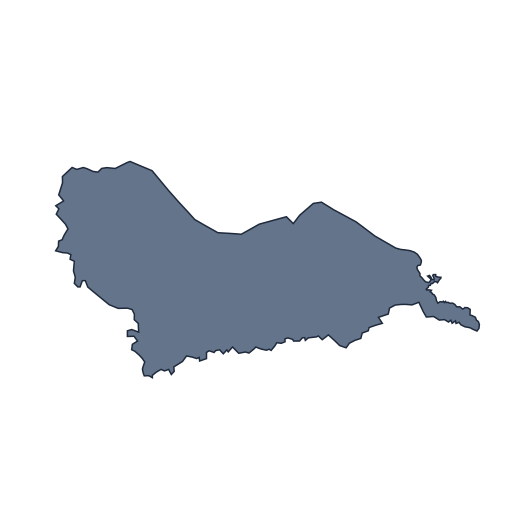 Foya, Lofa, Liberia, rotated 250°
{"feature_id": "62588387B94896309973685", "entity_name": "Foya", "entity_type": "district", "adm_level": 2, "iso_a3": "LBR", "parent_name": "Liberia", "parent_adm1": "Lofa", "projection": "orthographic", "projection_center": [-10.242, 8.34], "detail": "fine", "context": "isolated", "style": "filled", "palette": "slate", "viewbox_px": 512, "rotation_deg": 250, "n_neighbors": 0, "source": "geoboundaries", "source_scale": "gbopen_adm2", "svg_char_len": 3738}
<svg xmlns="http://www.w3.org/2000/svg" viewBox="0 0 512 512"><g transform="rotate(250 256 256)"><path d="M109.9,438.0L111.8,440.8L115.3,442.5L118.4,442.5L120.3,441.2L123.4,441.2L125.0,439.7L126.2,438.6L127.4,436.9L130.5,438.2L132.6,439.0L135.0,437.2L136.1,434.7L135.9,434.6L135.4,432.1L137.5,430.8L138.5,430.2L139.6,427.2L142.5,426.3L144.6,424.5L145.3,421.9L146.8,420.7L147.2,418.8L148.5,418.6L147.9,417.0L149.4,416.6L149.1,415.4L150.1,413.4L149.5,410.8L151.1,410.5L151.9,410.3L155.6,410.8L158.7,410.1L159.7,408.9L161.7,408.5L162.8,407.4L163.8,409.1L165.1,406.8L165.7,404.7L166.6,404.6L167.8,407.4L169.3,408.0L168.8,409.8L170.2,411.0L169.8,412.6L170.8,414.8L170.2,416.6L168.8,417.4L170.9,420.1L171.9,422.1L172.8,422.5L172.9,422.1L173.6,420.4L175.5,417.9L177.1,418.5L177.9,416.2L177.1,415.4L174.4,415.7L172.7,415.2L173.9,413.3L176.3,413.1L178.4,412.4L178.4,410.4L174.9,412.2L173.6,412.2L171.9,409.5L173.6,406.6L176.6,405.2L178.1,404.8L180.8,403.5L181.4,403.2L183.4,404.1L187.9,403.1L190.0,403.1L191.7,404.7L191.3,407.4L193.7,409.2L194.3,409.5L195.4,409.9L197.9,409.5L202.3,408.3L205.6,406.0L206.2,405.2L208.4,402.5L208.6,402.1L210.2,399.2L212.7,394.2L215.4,390.4L215.6,390.1L217.8,388.2L227.6,380.0L234.0,374.6L239.6,371.0L253.9,361.7L256.7,359.2L264.5,352.3L273.0,344.7L274.6,343.5L279.4,339.7L284.2,335.9L285.8,327.8L280.0,312.7L279.3,310.9L276.1,305.9L273.7,302.1L282.5,298.0L283.1,290.9L283.3,288.5L283.8,282.3L284.7,271.3L284.8,269.9L283.5,262.0L281.5,249.8L281.9,248.5L282.6,247.2L286.6,238.2L289.0,232.6L290.8,228.5L291.1,228.0L303.0,217.8L309.1,212.7L310.4,211.6L311.0,211.0L321.6,206.7L332.5,202.1L345.2,197.1L346.9,196.4L365.6,189.7L366.5,189.4L371.7,187.5L381.2,177.2L387.9,170.0L387.9,166.9L387.2,160.8L386.4,153.6L390.0,146.2L391.1,141.0L388.9,136.2L391.1,131.9L395.9,127.0L398.2,124.0L398.7,117.2L402.1,113.5L396.9,101.3L390.9,99.2L380.9,91.5L374.3,93.8L373.5,94.0L371.7,85.0L367.8,86.9L363.6,82.6L357.0,85.4L351.2,87.8L345.8,88.6L341.5,83.2L339.3,81.0L337.6,79.4L337.5,75.6L332.6,73.6L329.4,69.5L325.3,75.4L323.3,79.8L320.6,82.5L317.8,80.9L316.5,80.2L313.2,83.5L304.5,79.4L303.2,79.3L297.8,78.9L292.4,75.9L287.9,78.0L287.1,80.1L292.2,84.4L291.2,87.2L284.4,87.3L278.5,90.7L271.7,94.7L260.4,101.4L253.9,108.6L250.9,117.5L248.0,121.3L242.9,121.8L237.8,119.8L232.9,122.3L228.9,121.0L224.6,119.7L229.4,114.1L229.7,109.6L224.4,107.6L222.3,113.9L216.6,115.6L215.3,109.6L210.5,107.1L208.2,109.3L207.9,109.6L202.5,112.5L198.7,114.1L194.5,115.2L190.8,112.2L188.6,110.6L184.6,110.0L181.6,110.0L180.2,114.3L177.1,117.0L179.3,117.8L181.0,122.7L181.9,128.0L180.9,129.0L179.3,130.8L179.3,135.1L173.6,135.9L175.6,139.7L179.9,140.8L180.8,145.1L182.0,150.8L184.1,154.0L185.8,156.5L182.8,161.5L179.9,165.2L180.1,167.9L176.6,167.1L176.5,174.4L182.3,176.5L183.0,179.5L179.7,183.6L180.3,184.7L180.9,185.7L180.3,189.7L175.3,191.8L177.7,196.5L175.4,197.1L178.5,202.8L170.5,206.5L169.4,213.2L167.2,216.2L169.4,222.4L170.5,224.7L169.0,226.4L167.0,228.7L163.9,233.6L163.9,236.5L162.1,237.9L165.0,242.9L167.4,245.9L165.3,249.9L165.5,254.0L168.2,254.8L168.2,256.4L168.1,258.0L165.1,261.9L163.2,262.2L161.2,267.9L163.3,271.7L162.6,273.8L159.8,273.5L161.2,277.2L159.3,285.2L159.6,287.2L154.7,289.6L155.0,290.5L157.1,297.0L148.9,301.3L143.2,304.0L138.9,309.3L142.1,313.9L142.5,317.0L142.9,320.3L142.7,326.3L147.3,329.5L147.3,335.9L150.1,337.8L150.0,344.5L149.9,346.4L149.5,351.7L156.5,350.1L156.2,360.4L161.4,363.7L162.3,370.0L160.9,375.7L159.3,380.2L156.7,385.9L156.8,393.3L156.0,393.3L146.7,394.1L140.4,395.2L138.6,401.5L138.3,402.3L133.1,406.3L131.7,411.4L128.1,414.3L129.0,417.1L125.7,417.3L126.8,421.3L124.2,420.9L124.2,424.2L121.4,424.9L118.1,428.0L115.3,432.7L113.4,434.3L109.9,438.0Z" fill="#64748b" stroke="#1e293b" stroke-width="1.5"/></g></svg>